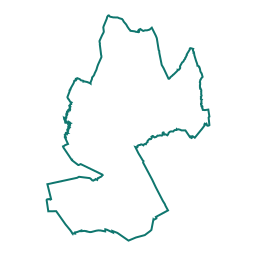 outline of Bethausen, Timis, Romania
{"feature_id": "2599482B66400291009045", "entity_name": "Bethausen", "entity_type": "district", "adm_level": 2, "iso_a3": "ROU", "parent_name": "Romania", "parent_adm1": "Timis", "projection": "orthographic", "projection_center": [21.97, 45.83], "detail": "fine", "context": "isolated", "style": "outline", "palette": "teal", "viewbox_px": 256, "rotation_deg": 0, "n_neighbors": 0, "source": "geoboundaries", "source_scale": "gbopen_adm2", "svg_char_len": 5690}
<svg xmlns="http://www.w3.org/2000/svg" viewBox="0 0 256 256"><path d="M144.8,235.1L150.1,231.1L151.4,229.9L153.4,219.6L153.6,219.9L156.4,218.4L156.5,218.0L155.9,216.9L168.0,210.4L165.4,205.6L164.9,204.2L162.8,200.8L155.8,187.3L152.2,179.7L143.1,162.6L143.5,161.1L142.8,160.5L138.5,153.4L135.3,147.0L136.7,147.4L137.3,147.3L137.6,146.8L137.4,146.0L137.8,145.6L139.3,145.0L140.0,145.0L141.0,144.4L141.9,144.5L143.4,145.3L143.7,144.7L144.4,144.2L144.9,144.0L145.9,144.2L146.6,142.7L147.6,142.0L147.5,141.2L147.6,140.9L148.5,140.0L148.7,139.6L149.7,138.9L150.5,139.2L151.1,139.0L151.8,137.7L151.8,137.2L151.5,136.8L152.5,136.0L153.3,136.2L154.0,137.1L154.6,137.4L156.4,136.8L157.5,135.6L158.7,135.7L159.9,135.3L161.9,135.6L162.6,134.8L162.6,133.0L163.0,132.5L163.4,132.4L163.7,132.5L163.9,133.9L164.1,134.6L164.6,134.6L165.6,134.3L167.3,135.3L168.1,134.4L168.6,132.9L169.8,131.8L171.0,131.4L173.2,131.5L173.9,130.7L174.7,130.1L176.4,130.0L176.7,129.1L177.3,129.6L178.4,129.3L180.6,129.9L181.4,130.4L185.4,130.4L189.8,136.9L190.5,136.3L191.0,136.3L191.3,136.7L191.2,137.8L191.6,138.0L191.9,137.7L191.9,136.4L192.6,136.2L194.8,137.7L200.9,130.2L201.6,129.4L204.6,125.4L204.4,125.3L204.4,124.4L204.7,123.8L205.2,124.2L206.4,123.6L207.0,125.2L207.4,125.7L208.7,125.6L209.4,125.1L208.6,117.6L209.0,116.9L209.4,116.6L208.3,109.6L204.9,110.1L202.8,109.9L202.6,109.0L202.6,108.6L202.2,108.1L202.3,107.6L201.9,107.0L202.4,106.9L202.4,106.4L202.2,106.1L201.6,106.0L201.4,105.2L201.1,104.8L201.2,104.5L201.0,104.4L201.0,103.6L201.6,103.2L201.3,102.0L201.5,101.1L201.4,100.2L201.7,99.7L201.2,99.6L200.9,99.2L200.9,97.8L201.1,97.5L200.9,96.5L201.6,95.8L201.6,95.4L201.1,94.1L201.3,93.0L201.1,91.3L201.3,91.1L201.3,90.1L200.6,88.8L200.1,88.7L200.1,88.3L200.4,88.1L199.9,87.1L200.0,86.5L199.9,86.0L200.0,85.6L199.9,85.0L200.2,84.3L200.1,83.5L200.2,82.9L199.8,82.2L200.4,79.8L200.7,79.6L201.3,78.3L202.6,76.9L201.6,73.3L201.1,72.8L200.4,71.4L199.9,68.7L199.6,68.1L199.5,67.4L199.1,67.2L199.0,66.6L198.7,66.2L198.0,65.9L197.6,65.3L197.4,65.4L197.1,63.7L196.1,61.0L194.4,55.4L194.0,52.8L193.6,52.7L193.8,52.4L193.7,51.7L193.0,50.8L192.9,49.7L193.2,48.9L190.8,48.2L190.2,48.2L189.9,48.5L189.7,48.9L189.8,49.5L187.0,54.0L186.7,54.6L186.9,55.0L186.2,56.2L186.0,56.9L185.2,57.9L185.2,58.7L184.0,60.1L183.4,61.5L182.1,62.5L180.0,66.3L180.2,67.6L180.1,68.2L179.8,68.4L179.8,68.7L179.0,69.7L178.6,69.7L177.7,70.4L177.5,70.2L177.4,70.8L173.4,74.7L173.0,74.8L172.4,75.6L170.4,77.2L169.8,78.2L169.0,78.8L168.5,78.7L163.6,68.2L161.7,64.9L159.3,52.8L159.2,50.9L158.7,50.1L156.8,38.2L155.8,35.7L151.8,27.7L149.6,29.6L147.2,30.3L145.1,30.3L143.4,30.9L142.7,30.7L140.3,29.0L139.6,29.4L139.4,30.5L138.6,30.7L138.4,30.4L138.2,30.7L138.3,31.0L139.0,31.4L138.9,32.1L138.7,32.2L135.4,31.7L135.0,31.4L130.4,30.8L130.2,30.6L130.0,30.0L129.2,29.3L127.5,26.8L126.2,24.5L123.6,21.5L123.1,20.3L122.0,19.0L119.2,18.2L117.7,17.5L113.3,17.4L110.5,16.8L109.8,16.5L108.8,15.4L108.0,15.7L107.1,17.1L106.8,18.6L103.7,26.1L103.3,27.4L103.8,31.4L103.6,32.4L102.1,35.2L99.5,41.0L99.6,42.2L99.9,43.4L99.8,44.4L100.7,51.5L101.1,54.9L101.4,55.9L101.4,57.2L98.1,64.5L97.3,66.7L96.4,69.8L94.6,73.5L94.2,74.8L93.2,76.3L92.2,77.3L92.0,78.1L92.0,78.9L90.6,82.3L90.6,83.6L89.9,83.1L87.1,82.0L84.3,81.4L83.5,81.6L83.5,81.0L83.2,80.8L80.9,80.3L79.7,79.1L77.3,78.2L77.1,78.7L76.0,78.8L76.3,79.7L75.9,80.3L75.2,80.2L74.9,80.7L74.5,80.8L74.6,81.1L74.1,81.6L73.6,83.2L70.6,88.5L70.4,88.9L70.6,89.0L70.2,90.0L69.5,90.4L69.6,91.4L67.4,97.1L68.0,98.6L68.7,99.3L70.2,101.8L71.5,102.5L71.1,102.9L71.2,104.1L70.2,104.4L70.0,105.5L69.3,105.7L69.4,106.1L70.2,106.7L69.7,107.1L69.7,107.8L70.1,108.1L69.8,108.7L70.0,109.1L69.3,109.4L69.4,109.9L69.9,109.6L69.9,110.4L69.4,110.5L68.7,109.8L68.5,110.1L68.1,110.2L68.1,110.7L68.2,111.0L67.8,111.2L68.0,111.6L67.1,111.7L67.2,112.2L66.8,112.9L67.2,113.0L67.3,114.4L67.0,114.8L66.5,114.8L66.8,115.5L66.2,116.1L66.4,117.3L66.3,117.8L66.0,117.9L65.9,118.4L65.1,117.9L65.0,118.2L65.3,118.3L65.2,118.6L64.7,118.5L64.4,118.7L64.1,118.4L64.2,119.0L64.9,119.2L64.9,119.5L64.6,119.9L64.8,120.3L65.2,120.0L65.5,120.2L65.5,120.7L65.1,121.4L65.1,121.7L65.6,121.7L65.6,121.3L65.9,121.1L66.4,121.3L66.6,121.7L66.6,122.0L65.5,122.4L65.5,122.6L66.3,122.5L66.4,122.9L66.8,122.9L66.8,123.2L67.0,122.7L67.3,122.7L67.4,122.4L68.1,122.6L68.1,123.0L68.6,122.6L68.6,122.2L69.0,122.2L69.3,122.4L69.3,122.9L69.6,123.2L69.7,122.9L69.5,122.3L70.0,122.6L70.3,123.3L70.6,123.4L69.9,123.9L70.0,124.6L69.7,124.6L69.4,124.2L69.3,124.3L69.6,125.3L68.8,125.4L69.2,126.1L68.6,126.1L68.6,126.9L68.2,127.1L68.3,127.3L68.9,127.4L69.4,127.7L68.5,128.2L68.8,128.8L68.2,129.5L67.8,129.5L67.7,129.1L67.5,129.3L67.4,129.5L68.2,130.1L68.2,130.7L67.5,130.8L67.9,132.1L67.7,132.4L67.4,132.2L67.1,132.6L66.6,132.7L66.8,133.1L67.3,133.3L66.6,133.5L66.7,133.9L65.7,133.5L65.5,134.2L64.8,134.9L65.5,135.9L64.8,136.7L64.8,137.3L65.1,137.7L65.8,137.3L66.0,137.8L65.4,138.4L68.0,144.0L65.0,145.2L64.2,145.9L63.0,146.4L63.4,147.5L71.6,159.7L72.0,159.7L71.9,160.2L78.2,165.0L78.7,165.0L80.7,164.1L102.5,174.7L102.6,175.0L102.2,175.1L101.8,176.1L100.6,177.0L99.4,177.4L98.8,178.0L97.8,178.2L97.2,179.9L95.6,179.1L94.9,179.9L94.3,179.9L93.5,180.6L92.3,180.4L90.8,178.8L89.7,178.1L79.0,176.8L77.1,177.8L47.4,184.2L51.1,199.2L50.3,199.6L49.7,199.0L48.7,199.3L48.2,199.1L46.9,199.5L46.6,200.0L48.3,211.3L56.2,211.2L65.5,224.4L70.2,230.1L71.6,232.1L72.1,233.1L72.6,233.7L72.7,233.3L75.2,233.6L75.1,232.4L76.9,232.1L81.3,230.5L81.3,231.2L84.4,230.9L86.5,231.2L86.5,231.4L89.9,232.1L91.3,232.0L96.3,230.7L98.4,230.4L100.6,230.5L105.2,231.4L105.3,229.3L106.8,229.7L112.9,232.5L112.5,231.0L117.4,232.9L128.5,240.6L135.9,237.5L144.8,235.1Z" fill="none" stroke="#0f766e" stroke-width="2"/></svg>